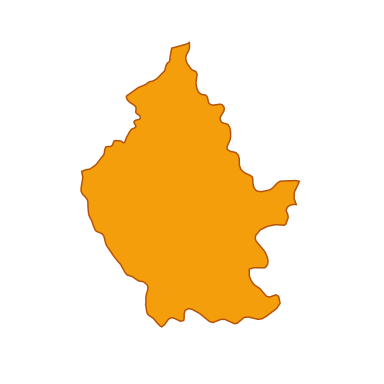 Cher, Mercator projection, rotated 161°
{"feature_id": "FRA-5279", "entity_name": "Cher", "entity_type": "Metropolitan department", "adm_level": 1, "iso_a3": "FRA", "parent_name": "France", "parent_adm1": "", "projection": "mercator", "projection_center": [2.504, 47.022], "detail": "fine", "context": "isolated", "style": "filled", "palette": "amber", "viewbox_px": 384, "rotation_deg": 161, "n_neighbors": 0, "source": "natural_earth", "source_scale": "10m", "svg_char_len": 3335}
<svg xmlns="http://www.w3.org/2000/svg" viewBox="0 0 384 384"><g transform="rotate(161 192 192)"><path d="M105.0,173.5L90.3,169.1L87.0,167.1L95.3,158.5L97.6,152.8L97.5,146.1L99.9,147.2L102.9,147.6L105.8,147.1L108.1,145.3L108.9,143.9L109.0,142.6L108.8,139.5L109.1,137.6L109.6,136.1L114.0,130.9L115.4,130.5L123.6,133.9L131.7,135.0L139.7,134.0L145.9,130.2L147.3,127.5L147.4,124.8L142.8,112.6L142.2,109.0L142.1,105.0L142.7,101.7L144.0,99.2L145.8,97.5L148.0,96.6L158.3,100.3L163.0,100.4L165.2,93.7L165.0,90.0L164.3,86.5L163.1,83.6L159.3,78.7L155.6,69.3L152.9,67.4L146.2,67.5L144.1,65.1L144.9,58.2L149.7,54.4L162.0,50.3L167.1,49.4L170.9,50.0L179.3,55.4L183.5,56.4L191.9,53.2L194.7,53.6L202.4,60.9L206.1,62.1L214.8,61.8L217.7,64.0L224.5,74.9L230.2,81.1L233.0,82.8L237.0,82.4L239.2,79.1L240.5,75.3L241.7,73.2L245.1,73.6L249.8,78.3L252.1,79.8L255.5,79.5L261.2,75.5L264.6,74.3L265.7,75.7L267.5,79.2L269.0,83.5L269.9,85.4L272.7,89.0L273.5,90.4L273.8,91.6L273.8,93.5L272.6,100.1L272.4,101.0L271.2,103.3L270.7,104.9L270.5,105.7L270.1,106.9L268.2,110.6L266.2,113.1L264.7,116.2L264.5,117.0L264.6,118.0L265.0,119.3L266.0,121.3L266.7,122.3L267.5,123.1L268.1,123.6L268.9,124.0L270.5,124.7L271.2,125.1L271.7,125.6L275.8,131.1L276.9,132.2L279.6,134.1L280.3,134.7L281.0,136.3L281.6,138.3L283.1,146.8L283.4,147.6L284.5,150.0L286.9,156.8L288.8,164.0L289.1,164.8L290.2,169.1L290.3,170.8L290.3,172.7L289.9,176.3L289.8,178.3L289.9,180.1L290.7,181.8L291.4,182.6L294.5,185.3L295.1,185.9L295.5,186.6L295.8,187.3L296.2,191.7L296.2,197.7L296.7,200.5L296.9,202.4L297.0,204.2L296.5,206.7L295.1,212.1L293.8,216.2L293.6,217.3L293.5,218.5L293.9,220.4L294.3,221.6L296.0,225.2L296.2,226.1L296.4,226.9L296.6,228.7L296.1,230.4L295.1,232.8L291.3,239.8L290.5,241.7L290.3,242.4L289.6,247.4L285.1,247.6L280.9,246.9L273.7,249.2L263.4,256.0L262.4,257.0L261.3,259.4L260.4,260.9L258.7,262.7L257.1,262.5L255.4,261.9L253.4,261.6L251.9,262.3L249.4,265.4L248.1,265.7L242.6,263.4L241.8,262.2L241.2,261.2L240.0,260.7L238.9,261.5L236.4,264.7L231.6,269.1L228.8,271.1L224.8,271.3L223.8,272.1L223.7,273.4L224.3,276.5L223.4,277.9L221.9,278.2L218.1,277.9L217.2,278.3L216.5,279.2L216.4,280.4L217.0,281.8L218.9,284.3L219.2,285.6L219.0,286.4L217.8,288.8L217.5,290.4L217.9,292.0L218.9,293.6L221.3,296.5L222.2,298.1L222.8,299.4L223.1,300.3L223.2,301.4L223.2,302.5L223.0,303.6L222.4,304.2L208.9,308.2L201.3,308.7L196.8,310.0L195.3,310.0L193.7,309.7L191.1,309.9L187.9,310.7L178.3,315.6L175.8,319.5L174.3,321.2L172.9,322.1L171.6,322.3L170.5,323.2L169.8,324.4L168.6,327.2L164.4,334.6L148.5,333.6L145.9,334.2L146.9,330.3L148.6,327.4L152.8,323.3L154.3,321.0L154.8,318.1L154.7,315.1L153.1,309.4L151.9,307.1L149.5,305.0L149.0,304.3L148.9,301.5L152.7,294.1L153.4,290.7L153.7,287.0L153.0,283.6L151.2,281.1L147.6,279.2L146.8,277.6L146.7,275.1L147.1,272.7L147.1,270.5L145.7,268.3L143.6,267.2L136.8,265.9L135.0,264.5L134.2,262.4L134.4,260.1L135.7,257.9L141.0,253.5L141.8,251.1L141.2,248.2L139.5,246.6L137.5,245.4L135.9,243.8L135.3,240.3L136.0,236.0L137.4,231.9L139.0,228.9L144.3,223.3L144.8,221.0L143.2,218.5L137.7,215.0L136.2,211.7L136.5,208.1L138.5,201.7L138.5,198.1L137.3,195.0L135.5,192.5L131.4,188.6L130.2,186.8L130.2,185.0L131.6,180.3L131.9,177.7L131.8,175.2L131.1,173.0L129.7,171.3L126.3,169.7L118.0,168.7L114.6,169.5L108.2,172.8L105.0,173.5Z" fill="#f59e0b" stroke="#b45309" stroke-width="1.5"/></g></svg>